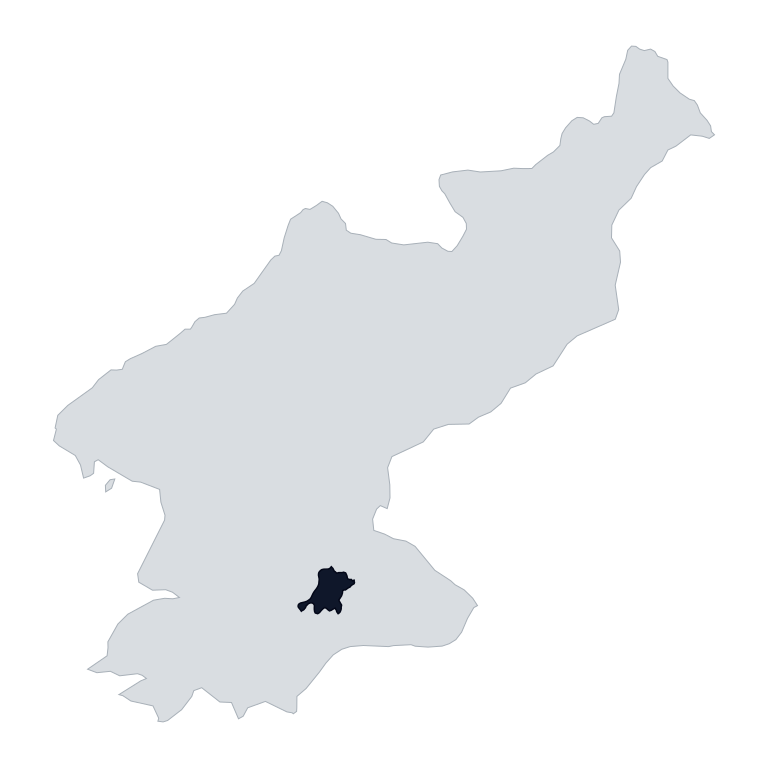 Phangyo, Kangwŏn-do, North Korea shown in context
{"feature_id": "82179303B47367102754155", "entity_name": "Phangyo", "entity_type": "district", "adm_level": 2, "iso_a3": "PRK", "parent_name": "North Korea", "parent_adm1": "Kangwŏn-do", "projection": "robinson", "projection_center": [126.949, 38.743], "detail": "fine", "context": "in_parent", "style": "filled", "palette": "ink", "viewbox_px": 768, "rotation_deg": 0, "n_neighbors": 0, "source": "geoboundaries", "source_scale": "gbopen_adm2", "svg_char_len": 4636}
<svg xmlns="http://www.w3.org/2000/svg" viewBox="0 0 768 768"><path d="M477.5,605.6L473.8,607.6L467.5,618.4L461.6,632.2L455.9,639.6L449.3,643.7L442.2,646.1L428.0,647.1L415.2,646.2L411.1,644.7L393.5,645.6L388.6,646.6L363.3,645.5L350.1,646.6L341.7,649.3L333.2,654.9L325.8,663.2L319.4,672.1L306.1,688.5L296.9,696.4L296.8,707.9L296.6,711.4L293.3,713.8L292.2,712.8L286.9,711.9L265.4,701.4L247.7,707.8L243.2,716.2L238.5,718.8L231.5,702.5L219.9,702.0L201.7,687.7L193.8,690.6L191.8,696.4L181.7,709.6L167.6,720.5L163.1,721.9L157.9,721.2L158.7,718.2L153.0,705.9L130.9,701.0L122.9,695.7L118.9,694.6L140.7,680.9L146.4,678.5L142.2,675.3L137.5,673.7L119.7,675.8L110.4,671.3L96.9,672.7L87.6,669.2L107.1,655.8L108.0,647.8L107.9,641.8L117.9,624.0L127.8,614.2L153.5,600.2L164.7,598.3L172.8,598.8L179.4,597.5L172.5,592.2L165.7,589.7L152.5,590.2L138.8,582.2L137.6,573.7L164.6,520.1L165.0,515.2L160.9,502.2L159.6,489.4L140.6,482.1L132.2,481.2L107.9,466.9L98.2,459.7L94.4,461.8L93.6,473.3L90.1,475.8L83.6,478.1L80.5,465.0L75.3,455.5L59.3,445.9L53.5,440.5L56.4,429.1L55.1,428.0L57.8,415.3L67.8,405.4L92.3,387.8L98.6,379.6L111.0,369.9L116.5,370.1L122.3,369.3L124.0,365.0L125.4,361.7L130.3,358.7L142.2,353.4L155.7,346.3L166.4,344.4L179.7,333.8L185.0,329.2L190.4,329.2L191.9,327.0L195.0,321.6L199.2,318.0L205.0,317.3L214.5,314.7L226.5,313.2L234.6,304.3L237.4,298.0L242.8,291.0L254.2,283.4L262.1,272.2L270.8,260.0L274.9,256.1L279.0,255.3L281.4,250.7L284.2,237.8L288.2,225.2L290.6,219.2L300.6,212.7L303.1,209.6L305.4,208.5L310.0,209.4L316.2,205.6L322.1,201.3L327.4,202.8L332.8,206.3L338.5,213.3L341.0,218.9L345.5,223.5L346.3,230.2L350.8,233.2L360.3,234.7L375.9,239.3L386.0,239.5L391.7,243.0L403.8,244.9L427.8,242.2L437.7,243.7L441.8,248.0L447.9,251.3L451.9,251.5L457.2,245.7L462.8,236.4L466.5,229.2L466.3,223.5L463.0,217.4L455.1,211.7L449.8,202.9L444.8,193.8L441.9,190.8L439.4,186.4L439.0,179.6L440.7,175.0L452.6,171.9L467.9,170.1L480.3,172.0L501.1,170.8L513.7,168.2L523.2,168.6L531.9,168.5L535.7,164.6L547.7,155.3L553.5,151.9L559.9,145.5L560.8,138.9L562.1,133.5L565.6,127.8L571.9,120.7L577.2,117.4L583.2,117.8L589.6,121.1L593.7,124.3L598.2,123.4L601.9,117.8L604.4,116.7L611.6,116.2L613.9,112.8L616.4,96.4L619.0,83.4L619.5,74.3L625.8,59.3L627.7,50.3L631.5,46.1L635.9,46.4L639.6,49.1L644.3,50.6L650.6,49.1L654.9,51.5L657.7,56.3L667.0,59.6L667.9,62.1L667.9,78.4L673.1,86.0L680.0,92.9L689.3,99.2L694.3,100.6L697.4,105.1L700.3,112.9L707.1,120.4L710.6,125.9L711.4,131.6L714.5,134.8L709.3,138.4L702.3,136.2L690.7,134.9L676.0,146.1L667.9,150.0L662.2,161.0L650.7,167.6L644.5,174.5L636.5,186.6L631.2,198.2L618.9,210.1L611.8,225.1L611.5,237.9L619.7,251.0L620.5,262.2L615.2,285.2L618.7,309.6L615.3,319.2L577.1,335.9L567.1,344.2L553.1,365.9L536.0,374.0L525.3,382.8L510.5,388.1L501.1,403.3L490.8,411.9L478.4,417.2L469.1,424.0L448.3,424.4L433.7,429.1L423.3,441.9L391.9,456.6L387.6,467.7L389.8,484.8L390.0,497.9L387.2,508.6L380.3,505.6L376.6,509.1L372.6,519.1L373.8,530.4L384.6,534.1L393.4,538.7L405.9,541.1L415.1,546.4L434.8,570.3L450.8,580.8L455.0,584.7L464.2,589.9L472.7,598.2L477.5,605.6ZM111.6,488.2L105.7,491.9L105.4,485.3L110.1,479.7L114.8,479.0L111.6,488.2Z" fill="#d9dde1" stroke="#a8b0b8" stroke-width="1"/><path d="M338.1,613.7L338.7,613.4L340.1,612.0L340.8,610.3L341.2,608.9L341.2,607.2L341.6,605.1L340.2,602.7L339.2,600.9L338.9,599.9L340.3,597.8L341.6,595.7L342.4,593.3L342.7,590.6L344.1,589.9L345.5,589.9L347.9,588.1L350.3,586.8L351.0,585.7L352.4,584.7L354.1,583.7L354.5,582.3L354.1,581.2L354.2,580.2L353.8,580.2L352.4,580.9L351.4,579.5L349.7,579.5L348.0,579.1L347.3,577.8L347.0,576.0L346.3,574.3L345.6,572.9L343.6,572.2L342.2,572.6L340.8,572.6L340.1,572.6L338.7,572.6L336.7,573.2L335.3,571.8L334.3,571.2L333.6,569.8L332.9,568.4L332.2,567.7L331.6,567.0L331.3,566.7L330.5,567.7L329.9,568.3L328.5,569.0L327.2,569.1L323.5,569.2L322.3,569.5L321.6,569.7L320.9,570.2L319.6,571.4L319.2,572.0L318.8,572.7L318.5,574.0L318.5,575.4L319.1,578.4L319.2,579.8L319.0,581.4L318.8,583.9L318.4,585.1L317.8,586.5L316.6,588.5L314.2,591.6L313.0,593.6L311.1,597.6L310.2,598.9L309.5,599.5L307.5,600.9L306.8,601.3L304.8,602.0L300.6,603.0L299.2,603.8L298.6,604.4L298.3,605.0L298.2,605.3L298.1,606.3L298.2,606.9L298.6,607.6L300.6,610.1L301.3,611.2L301.6,610.9L303.0,610.2L304.0,609.5L304.7,608.5L305.4,607.8L306.1,606.0L306.8,605.3L308.5,603.6L310.3,602.9L312.3,602.9L313.7,604.0L314.4,605.4L314.4,606.1L314.3,607.4L314.3,609.5L314.6,611.6L315.3,613.0L317.7,613.7L319.5,612.6L320.9,610.9L322.2,609.5L323.3,608.5L325.0,607.5L327.1,608.9L328.1,609.9L329.5,610.9L331.2,610.3L332.9,609.2L335.0,608.2L336.4,610.3L336.7,611.7L338.1,613.7Z" fill="#0f172a" stroke="#020617" stroke-width="1.5"/></svg>